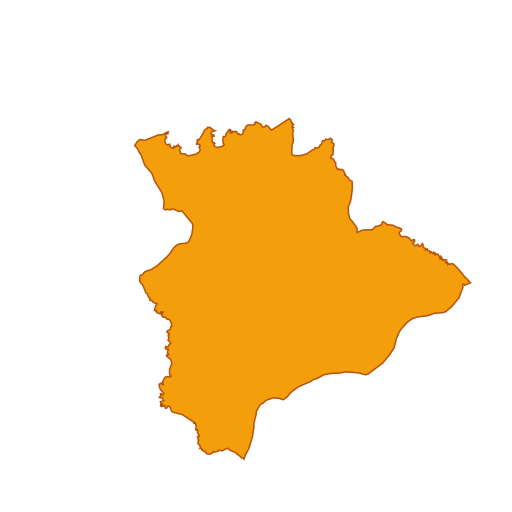 Sumba Tengah, Nusa Tenggara Timur, Indonesia, rotated 146°
{"feature_id": "22746128B11743482298506", "entity_name": "Sumba Tengah", "entity_type": "district", "adm_level": 2, "iso_a3": "IDN", "parent_name": "Indonesia", "parent_adm1": "Nusa Tenggara Timur", "projection": "albers", "projection_center": [119.662, -9.594], "detail": "fine", "context": "isolated", "style": "filled", "palette": "amber", "viewbox_px": 512, "rotation_deg": 146, "n_neighbors": 0, "source": "geoboundaries", "source_scale": "gbopen_adm2", "svg_char_len": 6154}
<svg xmlns="http://www.w3.org/2000/svg" viewBox="0 0 512 512"><g transform="rotate(146 256 256)"><path d="M174.6,358.7L176.9,358.2L178.6,359.3L178.1,362.4L181.1,367.3L182.7,366.9L183.0,366.0L184.9,365.9L189.3,369.1L190.6,369.2L192.2,368.8L194.6,367.1L196.5,367.5L197.3,365.4L198.3,364.8L200.8,364.9L201.8,366.0L201.7,366.8L202.3,366.6L203.1,367.5L202.5,369.8L203.3,370.9L204.4,371.0L204.4,372.0L204.7,371.3L205.6,372.4L207.0,371.4L208.0,371.6L208.3,372.3L207.1,373.0L206.5,374.6L206.9,375.4L207.6,374.8L207.6,375.7L208.6,375.7L209.3,374.7L212.0,374.4L214.4,372.3L215.7,372.5L216.3,373.3L219.2,369.9L220.3,367.3L219.9,366.4L221.1,365.8L222.9,365.8L227.6,367.8L228.9,369.6L228.9,371.5L228.4,372.3L227.3,372.2L227.1,373.2L228.6,374.4L228.6,375.0L226.0,379.4L223.5,378.8L223.5,380.4L224.2,381.1L224.8,380.9L225.2,381.5L224.9,382.7L223.8,383.9L219.9,382.8L220.6,383.6L222.2,388.3L224.3,389.8L224.6,389.3L228.6,389.1L231.3,387.3L237.7,384.3L238.8,384.9L239.1,384.2L240.1,385.0L241.0,382.8L242.1,382.7L242.7,381.8L241.5,381.3L240.6,379.9L240.7,378.5L242.4,378.0L242.7,375.4L244.9,374.0L249.0,374.1L255.6,376.7L257.2,378.1L257.4,380.3L258.3,380.5L261.0,383.0L260.1,386.7L257.3,387.8L256.9,387.4L258.1,388.7L258.0,389.9L258.9,390.4L258.4,391.6L259.2,391.2L260.0,391.9L261.1,391.4L262.2,392.5L262.4,391.7L263.5,391.7L263.5,392.3L264.4,391.6L266.0,394.0L265.0,397.0L267.3,397.5L268.1,399.6L267.5,402.3L266.2,403.5L265.1,403.5L264.1,405.0L263.7,404.8L264.0,405.9L263.5,406.7L262.6,407.4L261.8,407.1L261.9,407.8L260.7,406.9L260.8,407.9L258.5,407.8L260.8,408.5L265.4,408.8L269.0,410.9L283.4,414.0L287.4,417.6L290.5,417.2L294.8,415.4L294.2,411.7L294.9,406.9L294.7,403.9L297.4,393.7L296.2,383.7L296.5,380.7L298.0,375.7L298.6,360.9L301.6,352.6L306.2,347.1L305.5,345.0L303.7,344.5L300.8,341.8L299.0,342.2L295.2,336.2L292.2,334.7L290.6,318.9L291.5,316.0L297.5,309.4L304.0,305.4L307.3,305.9L312.2,308.7L315.8,309.4L320.2,308.7L325.0,306.5L329.8,305.2L343.6,303.2L349.7,303.4L352.6,303.8L354.1,304.7L357.8,305.0L360.8,303.9L362.5,304.8L364.7,303.1L366.6,299.8L366.2,294.7L367.9,287.0L367.2,285.6L368.1,282.2L367.6,280.7L368.6,279.0L368.5,278.2L367.3,277.4L367.1,274.9L364.7,271.5L367.4,270.5L370.6,267.9L370.1,266.6L369.0,266.4L369.9,264.5L367.8,261.5L367.2,261.0L366.4,261.4L366.7,262.4L366.2,262.8L364.2,261.4L366.7,260.3L367.5,259.1L367.1,256.9L365.6,256.3L365.0,253.2L363.4,252.0L363.5,248.7L364.5,245.7L364.9,245.1L366.0,245.2L368.4,242.9L370.5,243.5L372.1,243.3L372.2,241.8L371.5,241.1L371.9,240.6L371.7,239.4L373.5,239.1L373.9,236.8L376.0,235.4L375.3,231.5L377.6,231.1L379.7,229.8L380.3,230.0L381.0,231.4L382.7,230.7L382.7,229.0L380.8,227.7L383.5,225.5L383.5,223.1L385.4,223.9L385.9,223.6L385.9,222.1L384.6,218.1L384.8,216.7L386.1,213.8L390.9,210.5L393.0,207.6L393.9,205.4L393.4,203.9L394.9,203.7L397.3,206.0L399.6,206.2L404.1,203.8L404.7,201.1L405.5,201.8L405.7,203.6L407.8,203.9L408.9,202.5L409.9,199.1L409.2,193.6L411.0,192.7L411.6,195.1L412.2,195.3L412.9,193.6L415.2,192.9L414.8,192.0L413.0,191.0L413.4,187.6L416.8,188.7L417.4,186.9L418.4,185.8L416.5,185.6L416.9,184.8L418.7,184.4L418.4,183.9L415.2,183.0L416.3,180.9L415.9,180.1L415.0,179.9L413.0,180.9L411.6,179.0L412.7,174.8L412.5,173.3L405.9,165.9L400.3,152.8L401.1,152.1L399.7,151.5L401.0,147.6L402.9,146.4L402.9,145.0L401.8,145.0L401.5,144.3L403.4,142.3L403.5,138.6L405.2,139.0L404.8,138.0L406.3,137.6L406.4,135.3L407.5,134.9L409.2,132.6L408.2,130.5L408.9,129.8L408.7,128.7L410.2,127.8L408.7,126.8L409.5,125.5L408.7,124.7L408.4,122.8L407.0,122.1L407.8,120.0L405.1,117.5L402.2,117.1L400.9,118.0L400.0,116.6L398.0,115.8L394.4,115.2L393.6,113.7L386.9,112.4L386.3,109.8L382.3,103.5L382.6,102.3L381.7,100.5L380.7,96.4L379.5,95.5L379.6,94.4L376.2,96.9L369.7,100.3L360.1,108.1L353.1,115.7L351.4,118.4L345.1,124.0L342.7,126.9L336.5,130.1L334.4,130.5L332.2,130.1L328.3,130.7L321.1,128.8L316.5,125.1L313.8,121.6L308.8,121.8L303.6,123.4L294.1,123.9L280.5,121.4L277.5,121.5L274.1,120.3L265.8,119.5L259.4,116.6L251.6,111.9L246.9,110.1L236.7,102.1L231.4,96.1L228.7,95.5L211.0,96.4L201.7,99.0L192.8,102.6L186.4,108.6L179.8,112.9L176.4,114.3L167.3,116.5L161.5,116.6L156.2,115.2L147.1,110.5L140.2,108.8L132.3,104.3L129.4,103.8L122.0,104.6L110.9,107.9L101.7,114.5L101.6,115.7L100.0,116.7L99.5,116.5L99.4,115.1L93.5,113.9L93.8,114.3L93.3,115.6L94.5,121.5L95.7,133.5L96.9,139.0L97.6,140.0L100.1,140.8L100.3,141.9L101.6,141.7L101.1,142.3L101.8,143.4L101.0,143.6L101.1,144.2L102.3,144.9L100.6,145.4L100.3,146.2L102.2,148.0L103.6,147.9L103.0,150.4L104.2,149.9L105.2,150.8L104.8,151.4L104.4,150.8L103.0,151.7L103.1,152.9L104.2,153.2L104.5,153.9L104.0,155.6L106.5,156.8L105.6,157.4L105.6,158.3L106.6,158.1L106.7,159.6L107.4,158.8L108.0,158.8L108.4,161.6L109.9,161.1L109.4,163.2L110.8,164.8L109.9,166.0L112.1,166.3L111.2,167.3L112.3,169.0L111.0,173.2L114.8,172.2L115.4,172.8L115.3,175.1L118.4,175.5L119.3,178.8L117.4,178.9L115.9,179.9L115.6,180.8L116.5,181.7L118.8,181.6L118.9,185.3L121.3,188.9L123.7,190.0L124.8,191.3L124.7,194.7L123.8,195.4L121.2,195.8L120.3,197.2L121.3,199.1L123.1,201.0L125.4,205.1L129.9,208.7L129.9,210.0L131.5,213.5L132.7,213.2L134.6,211.8L138.5,212.6L140.1,213.7L145.0,212.8L152.0,217.3L154.2,218.2L159.0,218.8L156.6,222.9L156.8,231.3L157.4,234.4L155.5,239.6L152.0,245.2L147.4,248.2L143.9,251.7L138.4,258.1L134.8,263.7L134.6,264.3L136.0,266.7L135.8,269.9L136.6,271.5L136.5,273.7L136.9,273.7L136.1,274.5L136.3,276.4L135.6,277.1L136.1,279.6L137.1,279.7L138.5,281.7L139.0,281.3L140.0,282.6L139.5,285.9L137.7,288.8L138.1,290.6L137.5,292.4L138.0,294.1L139.0,294.8L139.3,295.7L136.8,297.2L135.3,297.0L134.5,298.6L133.5,299.1L133.4,300.0L132.2,301.1L131.9,302.6L129.9,303.6L128.7,305.4L129.8,308.3L129.1,309.1L127.9,309.2L127.8,310.2L128.6,312.1L131.3,312.2L133.1,314.0L134.7,313.1L136.3,314.3L139.1,312.2L141.1,312.1L142.4,311.0L145.5,311.4L146.5,312.8L148.5,311.9L149.8,312.4L156.8,312.3L162.9,314.3L167.6,317.4L169.2,319.2L169.3,320.7L163.4,328.6L162.3,328.9L159.9,331.7L157.5,336.4L154.9,339.4L154.1,341.9L153.1,341.7L153.5,343.2L151.4,343.8L152.0,345.5L151.5,345.9L152.2,346.3L151.1,349.4L151.9,350.8L151.6,351.3L172.8,351.7L173.5,357.0L174.6,358.7Z" fill="#f59e0b" stroke="#b45309" stroke-width="1.5"/></g></svg>